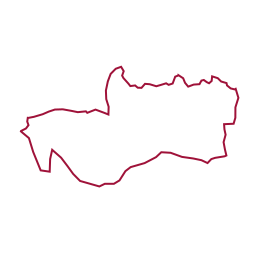 Palodeia, Limassol, Cyprus (orthographic projection), rotated 7°
{"feature_id": "46923920B73040476031074", "entity_name": "Palodeia", "entity_type": "district", "adm_level": 2, "iso_a3": "CYP", "parent_name": "Cyprus", "parent_adm1": "Limassol", "projection": "orthographic", "projection_center": [32.99, 34.743], "detail": "fine", "context": "isolated", "style": "outline", "palette": "rose", "viewbox_px": 256, "rotation_deg": 7, "n_neighbors": 0, "source": "geoboundaries", "source_scale": "gbopen_adm2", "svg_char_len": 1305}
<svg xmlns="http://www.w3.org/2000/svg" viewBox="0 0 256 256"><g transform="rotate(7 128 128)"><path d="M27.3,130.1L27.2,133.9L28.9,137.3L26.8,140.9L22.2,144.0L22.1,144.4L30.9,150.1L36.8,163.3L46.5,180.7L55.6,180.9L54.5,168.3L55.4,158.9L65.2,165.6L72.6,173.2L79.2,180.3L86.9,186.4L106.7,189.5L111.8,186.2L120.8,185.1L125.9,181.1L126.2,180.5L130.7,171.1L135.4,166.5L148.8,160.8L159.4,153.5L164.0,148.0L173.3,147.4L185.1,150.1L196.4,150.3L204.8,151.0L211.2,153.1L214.5,148.7L218.1,147.0L227.4,144.3L229.0,143.3L226.8,137.4L224.6,130.4L225.7,122.8L223.9,117.6L222.9,112.5L232.3,110.9L233.3,104.8L232.1,94.4L233.9,84.6L230.1,76.0L229.2,76.7L225.1,76.2L221.1,73.7L220.3,71.4L214.8,70.5L211.0,67.6L205.2,66.5L205.3,71.1L203.0,73.7L200.6,72.9L197.4,71.1L195.1,72.0L193.6,75.8L187.9,76.9L182.7,79.6L179.1,76.2L176.7,71.9L171.6,69.4L171.6,69.7L168.6,71.3L166.9,78.4L163.1,80.2L160.4,79.0L155.0,81.4L151.0,83.1L144.2,81.9L139.5,82.1L136.5,86.5L132.7,86.8L129.9,84.9L125.2,86.1L123.0,83.9L117.4,79.0L115.8,76.7L116.8,72.1L113.7,68.1L108.6,70.7L104.2,76.4L102.3,84.2L101.5,93.5L102.9,102.0L106.2,109.3L106.9,117.0L102.8,115.9L93.5,113.7L85.7,117.9L84.2,116.6L76.2,118.4L70.0,117.9L61.0,117.4L53.2,118.6L47.3,121.4L41.7,124.7L33.2,128.4L27.9,130.1L27.3,130.1Z" fill="none" stroke="#9f1239" stroke-width="2"/></g></svg>